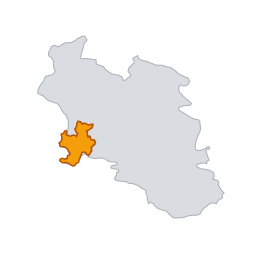 where Borski sits in Republic of Serbia, rotated 169°
{"feature_id": "SRB-125", "entity_name": "Borski", "entity_type": "District", "adm_level": 1, "iso_a3": "SRB", "parent_name": "Republic of Serbia", "parent_adm1": "", "projection": "natural_earth1", "projection_center": [22.104, 44.305], "detail": "fine", "context": "in_parent", "style": "filled", "palette": "amber", "viewbox_px": 256, "rotation_deg": 169, "n_neighbors": 0, "source": "natural_earth", "source_scale": "10m", "svg_char_len": 7893}
<svg xmlns="http://www.w3.org/2000/svg" viewBox="0 0 256 256"><g transform="rotate(169 128 128)"><path d="M145.5,96.5L151.9,98.3L154.8,100.1L156.4,102.3L160.5,103.8L167.2,104.6L171.9,106.9L174.5,110.8L178.8,109.9L184.8,104.1L190.6,102.5L196.3,105.3L199.5,107.6L200.0,109.4L198.7,110.1L195.5,109.8L192.8,110.9L190.8,113.4L190.5,116.2L191.9,119.0L194.0,121.0L196.6,122.1L198.0,123.7L198.2,125.6L198.9,126.1L197.4,127.0L195.8,128.3L194.8,130.6L194.6,134.3L189.5,137.2L187.6,137.7L186.7,139.6L185.4,145.0L185.6,149.1L186.2,151.2L186.6,152.9L188.2,154.9L189.7,158.1L190.7,162.3L193.0,165.6L198.7,168.8L201.5,170.6L203.6,173.3L205.2,175.8L209.9,179.0L209.5,181.3L208.5,183.6L207.4,184.7L205.1,187.6L202.8,189.2L199.1,194.4L193.2,194.7L191.7,195.1L189.5,196.5L188.4,199.0L189.5,201.1L189.4,203.2L188.3,207.3L189.7,211.6L191.8,213.6L192.2,214.7L191.8,216.8L188.7,220.9L187.7,222.4L184.6,223.2L183.5,222.8L181.9,221.4L180.4,221.0L176.7,222.6L172.9,223.7L169.9,222.9L166.9,222.8L164.9,223.5L163.3,223.7L160.3,225.5L155.5,226.8L153.2,226.6L152.4,224.9L151.5,222.5L151.9,221.4L155.1,219.5L155.5,217.7L160.0,209.0L160.9,206.1L160.9,205.2L159.7,204.6L157.3,204.6L146.4,201.1L146.9,197.0L143.7,194.8L140.2,192.9L139.7,190.7L135.9,186.3L133.1,183.9L129.5,182.7L126.4,180.9L124.6,179.8L123.8,177.7L123.8,176.5L122.9,175.3L121.4,175.5L118.8,177.1L115.7,178.5L115.2,179.5L116.3,181.9L117.1,183.5L116.7,184.9L115.7,186.8L109.7,190.9L109.1,192.3L110.2,194.6L109.5,195.7L104.5,197.2L104.6,196.0L104.3,193.9L101.5,191.8L97.4,190.1L88.5,184.4L85.1,183.6L82.0,183.0L77.6,180.2L75.4,179.8L72.9,177.8L67.5,171.2L62.9,167.6L59.7,165.8L58.9,164.0L58.7,162.2L58.8,161.6L61.2,159.0L63.1,158.6L65.5,158.6L67.0,159.9L69.1,160.1L70.2,158.5L70.9,156.1L70.6,153.0L65.7,145.9L61.5,140.9L61.1,139.8L62.0,138.9L63.5,138.4L65.1,138.8L69.2,139.2L73.2,138.7L74.6,137.5L74.6,135.9L73.2,134.4L68.5,130.3L64.9,126.7L60.7,123.9L57.5,122.8L56.6,121.4L56.3,120.0L56.6,117.2L56.9,113.7L57.7,111.5L60.6,107.4L63.3,103.0L65.1,98.8L66.0,94.9L65.7,93.8L64.3,92.9L61.3,92.1L57.1,92.8L53.5,94.2L52.1,94.3L51.7,92.6L52.3,91.8L53.4,91.9L54.3,92.2L55.3,91.5L55.9,89.1L54.5,80.9L57.2,80.2L57.2,79.0L57.5,77.9L60.2,79.4L64.0,79.4L67.4,79.1L67.9,78.3L67.9,77.1L67.2,76.2L66.0,75.5L65.2,74.3L62.9,73.8L55.8,70.9L52.4,67.7L52.5,64.4L53.6,62.6L54.8,61.9L54.5,61.3L50.5,59.8L49.1,57.6L50.3,54.9L48.3,49.3L46.1,45.9L48.3,44.4L48.6,42.3L48.8,41.1L49.7,41.1L53.2,39.7L54.5,38.5L55.2,37.2L56.0,36.8L58.3,38.3L60.8,38.4L63.6,37.5L65.6,36.2L68.1,35.1L69.2,34.4L70.7,33.3L73.6,29.9L76.9,29.2L81.2,30.0L85.9,30.3L89.5,29.6L98.4,30.5L100.3,31.3L101.6,32.2L103.9,35.1L106.1,38.9L109.3,40.6L113.0,42.7L114.9,44.2L117.7,48.7L119.9,50.9L120.6,50.8L121.4,50.2L121.9,49.7L122.5,50.2L122.5,51.5L122.6,54.6L122.1,57.8L122.9,60.9L122.9,61.8L122.3,62.7L122.4,63.5L123.2,64.3L126.2,66.3L129.0,69.4L132.2,71.6L135.2,73.0L137.1,73.1L140.2,75.7L146.4,77.5L148.3,78.1L149.7,79.1L150.7,80.3L150.7,81.6L149.8,82.3L148.4,84.0L147.9,86.1L146.9,86.7L145.9,86.7L145.2,87.3L145.4,88.2L146.2,89.1L147.5,89.9L149.9,90.7L152.3,91.9L152.3,92.8L151.8,93.8L148.7,94.1L146.4,94.3L145.4,94.7L145.5,96.5Z" fill="#d9dde1" stroke="#a8b0b8" stroke-width="1"/><path d="M198.3,126.6L196.6,127.3L196.3,127.6L195.7,128.5L195.0,129.2L195.0,129.3L194.9,129.6L194.9,129.9L195.0,130.0L194.7,131.5L194.6,132.1L194.6,132.6L194.9,133.6L194.9,134.1L194.4,134.9L193.7,135.0L192.9,134.9L192.1,135.2L191.6,135.8L191.3,136.5L190.9,137.1L190.0,137.1L189.4,137.2L189.3,136.9L189.2,136.7L188.9,136.5L188.8,136.4L188.9,136.0L188.9,135.9L188.7,135.6L188.7,135.4L188.7,135.2L188.8,135.0L189.0,135.0L189.2,134.9L189.4,134.7L189.6,134.4L189.8,134.2L190.0,134.0L190.1,133.7L189.9,133.2L189.7,132.8L189.6,132.7L189.3,132.6L188.9,132.5L188.4,132.4L188.0,132.3L187.8,132.2L187.6,132.1L187.4,131.6L187.2,131.4L186.7,131.1L186.4,131.0L186.1,131.0L185.8,130.9L185.5,131.0L185.2,131.0L184.9,131.1L184.6,131.4L184.5,131.5L184.4,131.5L184.0,131.5L183.6,131.4L182.7,131.3L182.6,131.2L182.3,131.1L181.9,131.1L181.6,131.0L181.5,130.9L180.9,130.4L180.5,130.1L180.3,129.9L180.1,129.6L179.9,129.9L179.8,130.2L179.7,130.4L179.7,130.5L179.4,130.9L179.2,131.2L179.1,131.3L178.9,131.5L178.5,132.0L178.4,132.3L178.5,132.4L178.6,132.5L178.8,132.7L179.2,132.9L179.3,133.0L179.5,133.5L179.5,134.0L179.4,134.3L179.4,134.5L179.5,134.5L179.7,134.8L179.8,134.9L179.9,135.3L180.0,135.5L180.3,135.8L180.4,136.0L180.3,136.6L180.4,137.0L180.3,137.3L180.2,137.5L179.5,137.7L179.4,137.8L179.2,138.0L179.1,138.3L179.0,138.5L178.9,138.7L178.6,139.0L178.4,139.3L178.3,139.6L178.2,139.8L178.1,140.0L177.8,140.3L177.6,140.7L177.5,141.0L177.5,141.6L177.5,141.9L177.5,142.0L177.4,142.3L177.3,142.6L177.2,142.7L177.1,142.8L176.6,143.1L176.2,143.2L176.1,143.3L175.8,143.9L175.7,144.3L175.2,144.1L174.9,143.8L173.7,143.3L173.5,143.2L173.3,143.0L173.2,142.9L173.1,142.5L173.1,142.3L172.9,142.0L172.8,141.9L172.8,141.7L172.7,141.5L172.5,141.1L172.4,141.0L172.3,140.7L172.2,140.5L171.8,140.4L171.6,140.5L171.2,140.9L171.0,141.2L170.9,141.3L170.7,141.3L170.3,141.1L170.0,140.9L169.8,140.9L169.3,140.8L169.1,140.7L168.5,140.4L168.1,140.0L167.9,139.8L167.7,139.7L167.4,139.5L167.2,139.3L167.1,139.1L166.8,138.8L166.7,138.7L166.2,138.6L165.8,138.5L165.7,138.5L165.4,138.5L164.8,138.7L164.5,138.7L164.4,138.7L164.1,138.7L163.7,138.5L163.5,138.4L163.4,138.4L162.8,138.6L162.7,138.6L161.8,138.5L161.8,137.9L161.8,137.7L162.2,137.3L162.2,137.2L162.3,137.1L162.3,136.5L162.4,136.3L162.5,136.3L162.5,136.2L162.9,136.1L163.0,136.0L163.2,135.9L163.3,135.8L163.3,135.7L163.3,135.4L163.6,134.8L164.2,134.6L164.3,134.6L164.7,134.7L164.9,134.7L165.0,134.6L165.3,134.4L165.5,134.1L166.1,133.7L166.5,133.5L167.0,133.3L167.3,133.3L168.5,133.2L168.9,133.1L169.0,133.0L169.2,132.7L169.3,132.5L169.2,132.4L168.9,132.1L168.8,131.9L168.7,131.4L168.6,131.0L168.6,130.9L168.7,130.7L168.9,130.6L169.0,130.5L169.1,130.4L169.1,130.2L169.1,129.9L169.1,129.6L169.1,129.1L169.1,128.9L169.2,128.5L169.2,128.2L169.0,127.7L168.9,127.5L168.9,127.4L169.1,127.0L169.1,126.9L169.1,126.7L168.9,126.7L168.6,126.6L168.4,126.7L168.3,126.8L167.9,127.2L167.6,127.5L167.4,127.5L167.1,127.2L166.7,126.9L166.7,126.5L166.8,126.1L166.8,125.8L166.7,125.5L166.7,125.3L166.7,125.1L166.6,124.6L166.6,124.2L166.5,123.9L166.4,123.7L166.0,123.4L165.9,123.3L165.7,123.2L165.3,123.1L165.1,122.9L164.9,122.8L164.7,122.8L164.0,123.0L163.5,123.1L163.4,122.8L163.2,122.4L163.2,122.2L163.3,121.9L163.4,121.7L163.2,121.3L162.9,121.0L162.7,120.9L162.7,120.7L162.6,120.4L162.7,120.2L162.8,119.9L163.0,119.7L163.4,119.4L163.5,119.3L163.5,119.1L163.6,118.5L163.6,118.3L163.7,118.2L163.8,118.1L164.1,118.0L164.4,118.0L164.8,118.2L165.0,118.2L165.4,117.5L165.7,117.2L165.8,117.1L166.0,116.8L166.1,116.7L166.4,116.6L166.5,116.6L167.0,116.7L167.4,116.6L167.5,116.6L167.6,116.4L167.8,116.0L167.8,115.9L167.7,115.5L167.6,115.1L167.5,114.9L167.5,114.7L167.8,114.3L167.9,114.1L167.9,113.8L168.0,113.6L168.2,113.3L168.2,113.2L168.2,112.9L168.3,112.8L168.2,112.6L168.0,112.2L168.4,111.9L168.6,111.8L168.8,111.8L169.0,111.8L169.0,111.7L169.1,111.4L169.2,111.2L169.3,111.0L169.6,110.6L170.0,110.3L170.4,109.9L171.5,108.8L172.3,108.4L172.4,109.0L172.6,109.4L173.0,109.8L173.5,110.0L173.9,110.4L174.3,111.8L175.0,112.4L175.9,112.8L176.7,112.9L177.7,112.6L178.2,112.1L182.7,104.8L182.9,104.0L183.5,103.6L185.2,103.2L185.9,102.8L187.3,101.5L187.7,101.2L188.7,101.2L189.4,101.3L190.0,101.6L192.8,104.4L194.2,105.4L195.5,106.0L198.6,106.3L199.2,106.7L201.2,108.7L201.0,109.7L200.3,110.3L199.4,110.7L198.6,110.8L197.8,110.6L196.3,109.7L195.5,109.4L194.7,109.4L193.9,109.6L193.3,110.1L193.1,111.0L193.0,111.8L192.6,112.3L192.1,112.5L190.7,112.6L190.3,112.7L190.1,112.9L189.9,113.4L189.8,114.1L189.8,114.7L189.9,115.1L190.7,115.8L190.9,116.2L191.0,116.6L190.9,117.3L190.9,117.7L191.6,119.2L192.7,120.5L194.0,121.5L195.5,122.2L197.2,122.4L197.9,122.7L198.3,123.4L198.1,125.8L198.3,126.5L198.3,126.6Z" fill="#f59e0b" stroke="#b45309" stroke-width="1.5"/></g></svg>